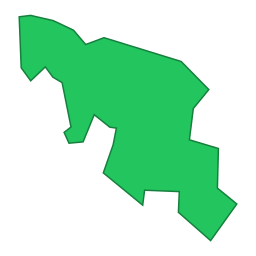 the district of Dustlik, Jizzakh, Uzbekistan
{"feature_id": "79887680B47043896675236", "entity_name": "Dustlik", "entity_type": "district", "adm_level": 2, "iso_a3": "UZB", "parent_name": "Uzbekistan", "parent_adm1": "Jizzakh", "projection": "robinson", "projection_center": [68.013, 40.475], "detail": "fine", "context": "isolated", "style": "filled", "palette": "green", "viewbox_px": 256, "rotation_deg": 0, "n_neighbors": 0, "source": "geoboundaries", "source_scale": "gbopen_adm2", "svg_char_len": 500}
<svg xmlns="http://www.w3.org/2000/svg" viewBox="0 0 256 256"><path d="M218.4,148.5L189.4,139.8L193.3,108.5L208.8,89.6L181.2,61.5L104.0,37.7L85.7,44.5L73.5,30.2L53.2,20.6L30.6,15.4L19.2,16.8L21.2,67.8L30.7,80.8L45.3,66.9L52.9,77.2L62.1,82.6L71.0,127.0L64.1,132.4L69.0,143.2L83.1,141.9L94.2,114.7L109.8,127.2L116.4,128.1L113.1,144.9L103.3,172.9L142.7,205.2L144.6,190.2L179.3,191.6L178.4,212.3L210.6,240.6L236.8,204.0L217.4,188.1L218.4,148.5Z" fill="#22c55e" stroke="#15803d" stroke-width="1.5"/></svg>